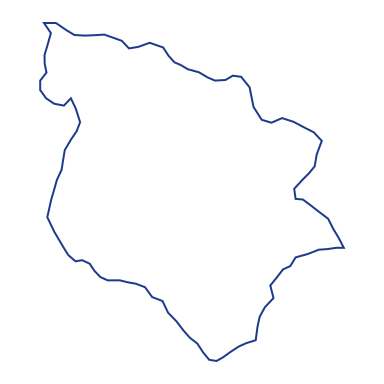 João Monlevade, Minas Gerais, Brazil (Equal Earth projection)
{"feature_id": "56859067B65485925185002", "entity_name": "João Monlevade", "entity_type": "district", "adm_level": 2, "iso_a3": "BRA", "parent_name": "Brazil", "parent_adm1": "Minas Gerais", "projection": "equal_earth", "projection_center": [-43.162, -19.84], "detail": "fine", "context": "isolated", "style": "outline", "palette": "blue", "viewbox_px": 384, "rotation_deg": 0, "n_neighbors": 0, "source": "geoboundaries", "source_scale": "gbopen_adm2", "svg_char_len": 1366}
<svg xmlns="http://www.w3.org/2000/svg" viewBox="0 0 384 384"><path d="M104.3,34.6L94.4,35.2L85.1,35.6L74.4,35.0L66.6,30.3L55.9,23.0L44.0,23.0L50.9,33.1L47.5,45.1L44.5,55.2L44.7,63.9L46.5,72.5L40.2,80.6L40.2,90.1L46.1,98.3L54.1,103.7L63.9,105.6L70.9,98.3L75.8,108.7L80.1,122.2L76.6,131.3L71.2,139.2L64.8,150.0L63.2,159.5L61.6,169.8L56.9,179.9L54.1,189.8L51.3,199.3L47.3,217.2L54.4,232.0L64.1,248.4L68.3,255.1L75.5,261.3L82.2,260.2L89.7,263.7L94.4,270.8L100.4,277.1L107.6,280.3L119.7,280.3L128.2,282.4L135.8,283.7L145.0,287.2L152.2,297.1L162.5,301.0L168.0,312.6L176.7,321.6L183.3,330.3L189.9,337.8L197.4,343.6L203.1,352.4L209.2,359.8L216.5,361.0L222.9,357.4L230.7,351.8L238.6,346.6L246.1,343.2L255.7,340.2L257.5,326.8L259.6,316.9L264.9,307.2L273.5,298.1L270.3,285.5L277.1,277.1L283.1,269.3L290.3,266.1L295.6,257.4L307.8,254.0L318.8,249.7L327.4,249.1L336.3,247.8L343.8,247.8L338.8,238.1L333.1,228.6L328.1,218.7L319.2,212.0L309.2,204.2L302.8,199.5L295.6,198.9L294.2,188.8L302.0,180.3L309.2,173.0L314.7,166.3L316.7,154.5L321.8,140.9L313.8,132.3L304.5,127.6L293.5,121.8L282.1,118.1L271.4,122.7L261.7,119.8L253.5,106.9L249.6,87.3L241.1,76.8L232.8,75.7L225.4,80.0L215.0,80.6L207.2,77.2L199.0,72.3L187.8,69.2L180.5,64.9L174.4,62.3L168.5,55.7L163.2,47.5L149.7,42.8L138.2,46.9L129.0,48.4L121.8,40.8L115.1,38.4L104.3,34.6Z" fill="none" stroke="#1e3a8a" stroke-width="2"/></svg>